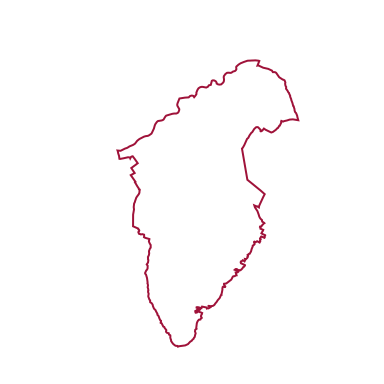 outline of Turcinesti, Gorj, Romania, rotated 204°
{"feature_id": "2599482B27563461081915", "entity_name": "Turcinesti", "entity_type": "district", "adm_level": 2, "iso_a3": "ROU", "parent_name": "Romania", "parent_adm1": "Gorj", "projection": "orthographic", "projection_center": [23.294, 45.122], "detail": "fine", "context": "isolated", "style": "outline", "palette": "rose", "viewbox_px": 384, "rotation_deg": 204, "n_neighbors": 0, "source": "geoboundaries", "source_scale": "gbopen_adm2", "svg_char_len": 6028}
<svg xmlns="http://www.w3.org/2000/svg" viewBox="0 0 384 384"><g transform="rotate(204 192 192)"><path d="M241.5,272.3L241.3,267.4L241.1,266.0L240.5,264.9L237.3,262.5L236.9,261.1L236.9,260.1L236.9,259.3L237.3,258.3L238.3,257.3L240.1,256.5L241.8,255.4L246.6,251.3L246.9,250.6L247.2,249.0L247.4,246.8L247.7,246.2L248.7,245.1L251.8,243.1L252.2,242.6L252.6,241.6L253.1,239.1L253.1,237.8L252.6,234.4L252.7,229.8L252.8,228.8L254.3,226.3L255.2,225.3L257.0,224.2L258.3,223.1L261.6,219.0L262.9,216.5L263.7,213.1L264.2,212.2L265.1,210.9L267.7,208.2L268.5,206.9L269.4,205.7L270.7,204.6L274.0,200.6L276.9,199.6L276.5,199.2L275.0,197.1L273.4,195.4L271.8,192.8L271.1,193.0L268.2,195.0L264.6,197.7L263.1,198.2L262.6,198.1L262.1,197.6L262.0,199.2L261.6,199.8L260.7,200.5L257.6,198.8L253.3,196.2L257.2,189.2L252.1,186.0L254.8,182.5L247.8,178.3L248.1,177.7L243.9,174.7L242.4,173.8L241.6,172.9L241.1,173.1L240.6,172.8L240.2,171.1L239.7,169.8L239.8,168.9L239.7,168.5L240.3,165.9L240.6,164.2L240.3,160.7L240.1,159.2L240.2,158.0L239.1,154.5L237.9,152.5L236.6,147.4L231.9,136.7L226.2,136.7L225.8,136.0L224.9,135.8L224.5,135.4L224.4,134.3L224.7,133.9L224.7,133.5L223.9,132.7L223.2,132.2L222.2,132.5L221.5,132.4L220.2,133.3L218.4,133.5L217.7,132.1L217.5,131.2L216.1,131.1L211.8,131.7L211.6,131.1L211.4,129.6L211.1,129.1L209.6,127.7L208.2,126.8L207.1,124.3L207.4,123.3L207.3,120.9L207.0,119.9L206.2,118.7L205.7,116.7L205.8,114.6L205.4,114.1L204.9,112.7L204.2,112.1L203.5,109.7L203.9,107.4L202.5,106.6L201.5,104.1L201.5,102.8L201.9,101.7L201.9,98.9L201.5,98.3L200.7,98.0L200.4,97.8L198.1,95.1L196.0,91.7L195.6,90.9L195.6,90.5L194.8,89.7L194.1,88.5L193.8,87.0L192.6,85.6L191.8,84.2L191.9,83.9L191.4,82.7L190.2,81.4L189.6,79.1L189.3,78.6L187.5,76.8L187.2,76.4L186.2,76.0L185.5,74.4L185.1,74.2L183.8,74.1L182.3,73.2L181.9,72.8L181.3,71.9L179.3,70.0L177.2,69.2L176.3,68.3L174.1,66.7L173.7,65.8L172.1,65.1L170.3,63.2L168.8,61.9L168.0,61.8L167.5,60.6L167.6,60.2L167.4,59.7L166.3,59.7L163.5,57.4L162.4,57.4L161.6,56.6L159.4,55.5L159.2,55.2L159.1,54.2L158.5,53.5L157.7,53.2L155.8,53.5L155.1,52.4L154.2,52.4L153.5,52.2L153.0,51.2L152.6,50.1L151.5,48.8L151.0,48.4L150.5,47.4L148.8,46.3L147.3,45.5L145.0,44.9L144.2,44.9L142.6,45.5L141.9,45.0L141.3,45.7L135.8,49.1L133.8,51.4L132.8,54.4L131.7,56.1L131.5,57.4L130.9,58.3L130.9,59.6L130.6,60.4L130.7,61.3L131.0,62.7L131.2,64.4L132.6,65.9L133.0,67.5L132.2,68.9L132.8,69.4L132.9,69.8L134.2,74.0L134.3,75.6L134.2,76.8L133.9,77.6L133.8,78.1L132.6,78.8L132.4,79.0L132.5,80.0L131.9,81.0L133.2,82.0L133.5,83.1L133.3,84.3L133.5,85.6L135.2,85.6L136.0,85.4L137.2,85.5L138.0,84.9L138.5,83.9L139.5,83.2L139.8,83.3L140.1,84.2L140.6,84.5L140.4,84.9L139.7,85.1L139.5,86.4L137.5,87.0L137.0,87.5L136.9,88.1L137.4,88.3L140.8,88.2L140.9,88.6L139.8,89.2L136.1,89.8L136.2,91.4L131.8,92.4L131.0,91.6L130.6,92.1L129.6,92.4L128.4,94.1L130.5,94.6L130.4,94.8L128.7,95.2L126.8,96.3L126.2,97.0L125.6,98.1L125.4,99.6L124.8,101.5L124.5,103.6L123.6,106.4L123.6,109.8L123.2,110.1L123.5,110.5L123.8,112.3L124.5,115.2L125.0,116.2L125.3,117.7L125.1,118.1L123.3,118.5L123.1,118.7L123.1,119.1L123.5,119.5L124.1,119.5L125.2,120.6L125.4,121.2L123.6,122.3L123.1,123.1L120.5,127.9L120.4,128.8L120.3,131.1L120.0,131.8L118.7,132.5L118.2,133.5L117.4,134.0L119.3,136.2L117.7,137.1L117.2,138.1L117.2,138.4L118.1,138.7L120.3,138.3L121.3,138.3L120.9,139.2L120.4,139.6L119.6,139.8L117.9,139.4L117.1,139.9L116.5,139.9L115.9,140.2L114.9,142.5L114.7,144.1L114.1,144.8L114.0,145.6L113.7,146.2L113.8,146.7L114.0,146.8L118.3,146.8L118.9,147.5L119.1,148.4L118.5,148.9L117.8,150.4L115.8,150.0L115.7,151.7L116.3,152.4L115.4,152.6L114.7,154.2L114.6,155.0L115.0,155.3L114.7,156.4L114.8,156.7L115.6,157.1L114.8,158.7L114.2,159.0L113.9,161.7L114.3,164.1L114.4,167.1L114.7,167.7L113.8,169.1L113.6,169.8L113.7,170.1L114.9,171.3L115.0,171.8L114.7,172.1L113.9,171.9L113.4,172.1L112.5,173.5L109.7,173.3L109.6,174.2L110.1,174.2L110.0,176.7L110.8,176.8L111.0,177.2L110.8,178.1L110.7,179.4L110.5,179.6L107.3,179.6L107.2,179.6L107.1,180.0L107.6,180.5L107.4,181.9L107.6,182.3L110.5,182.3L111.8,182.5L111.6,184.7L111.4,185.4L111.5,186.4L114.6,186.3L114.7,186.5L114.8,187.2L115.7,187.6L115.8,188.1L114.6,189.0L114.3,190.6L113.8,191.6L113.7,192.6L113.2,193.0L113.3,193.1L115.8,193.5L116.3,194.1L116.6,194.8L118.4,195.4L119.7,196.2L120.8,197.2L121.8,198.4L124.5,201.2L128.3,203.6L129.6,205.1L127.1,205.1L126.8,205.4L124.6,205.1L125.0,206.6L125.0,208.9L124.9,216.3L124.7,219.6L130.1,221.3L146.4,225.7L164.0,252.0L163.6,253.1L163.3,256.1L163.3,262.9L162.6,264.4L162.5,267.0L161.9,270.1L161.3,271.2L160.8,274.9L159.8,277.2L158.9,277.8L157.9,278.0L154.7,276.7L154.2,275.5L153.8,275.4L153.5,275.6L152.8,276.6L152.1,279.2L150.1,278.8L143.8,278.6L142.5,279.8L140.7,282.9L139.9,285.2L139.5,285.5L139.2,288.0L138.8,288.3L138.7,291.6L139.3,292.8L139.3,293.3L137.4,293.4L136.7,294.2L134.3,296.0L132.2,297.9L129.4,299.4L124.1,300.8L126.1,303.2L127.0,304.5L129.0,306.4L130.2,306.9L131.3,308.0L132.3,309.7L133.2,310.6L134.0,311.7L134.5,311.7L136.5,314.2L138.7,316.4L139.1,317.1L141.1,319.0L141.5,319.9L143.1,321.2L143.6,321.9L144.5,322.2L146.1,323.5L148.1,324.6L148.7,326.3L149.6,326.9L150.2,327.6L151.0,328.9L151.3,330.1L152.8,331.6L154.0,331.8L154.8,331.6L159.0,332.3L163.6,335.1L164.2,335.2L165.0,335.2L166.9,334.4L168.3,335.4L172.4,335.5L177.5,334.5L182.8,334.6L183.6,334.1L183.8,339.1L184.3,339.1L187.5,338.1L194.7,334.5L197.5,331.9L200.0,329.3L201.3,327.3L202.5,324.6L202.4,324.0L201.4,322.2L201.5,321.0L201.9,320.1L203.6,318.6L204.4,317.2L205.0,316.6L207.5,315.7L208.5,315.1L209.5,313.3L210.0,310.8L209.7,309.7L208.5,307.8L208.0,306.3L207.9,305.5L208.2,304.2L209.1,302.2L210.5,301.3L212.1,300.9L213.6,301.1L214.0,301.9L215.1,302.7L216.1,302.9L217.4,302.9L218.6,302.3L219.1,301.6L218.4,297.5L220.0,296.3L220.3,294.6L221.5,293.2L224.9,292.4L226.1,291.9L227.2,291.0L228.2,289.5L228.5,287.9L228.5,285.9L228.4,284.5L227.8,283.3L227.8,282.8L228.2,280.8L228.6,279.5L229.9,280.3L230.8,280.2L231.6,279.9L232.8,278.9L233.5,277.1L236.9,275.3L241.5,272.3Z" fill="none" stroke="#9f1239" stroke-width="2"/></g></svg>